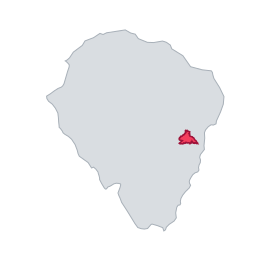 location of Young, Río Negro, Uruguay, rotated 194°
{"feature_id": "84410073B75635115155614", "entity_name": "Young", "entity_type": "district", "adm_level": 2, "iso_a3": "URY", "parent_name": "Uruguay", "parent_adm1": "Río Negro", "projection": "albers", "projection_center": [-57.732, -32.654], "detail": "fine", "context": "in_parent", "style": "filled", "palette": "rose", "viewbox_px": 256, "rotation_deg": 194, "n_neighbors": 0, "source": "geoboundaries", "source_scale": "gbopen_adm2", "svg_char_len": 4443}
<svg xmlns="http://www.w3.org/2000/svg" viewBox="0 0 256 256"><g transform="rotate(194 128 128)"><path d="M205.1,177.9L203.5,179.3L201.7,181.9L199.4,188.4L192.3,197.1L190.8,202.1L183.4,207.2L178.1,213.0L174.8,212.7L171.8,215.2L154.4,222.5L148.3,220.8L143.7,220.8L139.6,217.2L129.9,215.8L123.8,217.1L115.6,220.7L113.2,220.6L111.4,220.4L107.0,218.7L104.7,215.4L92.2,211.4L82.1,202.6L70.2,202.4L61.0,203.6L59.6,202.4L58.6,200.2L56.7,196.9L48.8,189.3L42.5,181.7L41.3,174.2L42.1,166.0L43.9,156.3L43.6,153.3L45.9,151.5L48.2,151.2L50.4,148.7L52.3,144.9L52.7,142.0L51.1,136.7L50.0,129.3L48.7,125.6L51.3,119.8L51.4,116.9L49.9,114.5L49.5,111.9L50.1,109.3L50.0,106.7L49.0,104.3L49.7,102.3L52.1,100.7L53.9,98.3L55.0,95.0L55.6,92.5L55.6,90.8L54.9,89.2L53.4,87.6L54.1,84.6L56.9,80.0L58.7,76.0L59.6,72.4L59.5,69.6L58.6,67.4L59.0,65.9L60.7,65.2L61.5,62.9L61.2,57.2L59.4,52.5L60.8,48.8L64.8,44.4L66.8,41.0L67.0,38.3L68.3,36.8L70.2,39.7L75.8,40.4L81.5,40.6L82.4,39.8L84.7,35.2L87.7,33.9L90.9,33.5L94.4,33.8L98.1,36.9L108.6,47.2L116.2,54.3L118.5,57.7L120.5,60.2L122.0,62.5L121.3,68.5L121.3,71.1L121.7,71.9L123.4,72.0L126.0,71.6L128.2,70.4L130.0,68.5L131.7,66.9L133.1,66.1L133.6,64.9L134.4,63.5L135.2,63.3L136.7,64.3L140.2,67.8L143.0,71.0L143.6,72.9L144.6,74.8L145.7,76.5L146.5,78.1L149.2,80.3L151.9,81.7L153.7,80.4L158.3,84.8L168.4,88.8L170.2,91.0L171.9,94.2L175.3,99.1L180.1,103.5L184.0,105.5L187.7,106.6L189.8,107.6L191.2,109.3L193.5,111.2L194.9,111.9L195.4,113.5L196.7,117.0L198.1,121.4L199.7,125.6L203.2,129.6L207.2,132.8L211.5,134.7L213.8,136.9L214.7,139.2L211.7,142.3L208.4,146.3L205.5,149.4L202.5,151.6L201.5,153.1L200.8,155.5L200.3,168.3L199.9,173.0L200.1,174.3L200.4,175.2L202.2,176.5L204.3,177.7L205.1,177.9Z" fill="#d9dde1" stroke="#a8b0b8" stroke-width="1"/><path d="M65.9,128.1L65.8,128.3L65.7,128.3L65.4,128.4L65.2,128.4L65.3,128.3L65.2,128.3L65.2,128.2L64.9,128.2L64.9,128.3L64.7,128.4L64.4,128.4L64.2,128.3L64.2,128.2L64.1,128.3L63.9,128.2L63.9,128.3L63.7,128.3L63.4,128.5L63.4,128.8L63.3,129.0L63.3,129.3L63.2,129.2L63.1,129.3L63.2,129.5L63.3,129.6L63.1,129.9L63.1,130.0L62.9,130.0L62.9,129.9L62.7,129.8L62.5,130.0L62.7,130.3L62.7,130.2L62.6,130.3L62.4,130.4L62.3,130.2L62.2,130.0L61.9,130.0L61.8,129.9L61.7,129.9L61.5,129.7L61.6,129.4L61.4,129.5L61.2,129.6L60.9,129.6L60.8,129.4L60.8,129.2L60.7,129.1L60.4,129.2L60.2,129.4L60.1,129.2L59.9,129.2L59.9,129.3L59.8,129.5L59.7,129.5L59.5,129.8L59.4,129.8L59.4,129.7L59.2,129.6L59.1,129.8L59.0,130.0L58.9,130.0L58.8,129.9L58.7,129.9L58.6,129.7L58.4,129.7L58.2,129.7L58.0,129.8L57.9,129.9L57.7,129.8L57.4,129.7L57.2,129.7L57.2,129.8L57.2,129.7L57.0,129.8L56.9,129.8L56.7,129.8L56.8,129.9L56.8,130.2L57.2,130.3L57.3,130.4L57.3,130.5L57.5,130.7L57.6,130.8L58.0,131.0L58.7,131.9L58.9,132.0L59.1,132.2L59.7,132.2L60.1,132.6L60.8,133.2L61.1,133.4L61.3,133.7L61.4,133.9L61.7,134.1L61.9,134.2L62.0,134.4L62.4,134.4L62.5,134.5L63.1,134.5L63.6,134.9L63.6,135.0L63.9,135.0L64.6,135.0L65.8,135.0L65.9,135.4L66.8,136.1L66.5,136.7L66.5,137.0L67.4,137.4L67.1,137.7L67.0,138.2L67.2,138.8L67.3,138.9L67.3,139.1L67.3,139.3L67.7,139.2L67.9,139.2L68.0,139.3L68.3,139.5L68.6,139.5L68.9,139.5L69.0,139.4L69.1,139.2L69.3,139.2L69.7,139.4L70.0,139.6L69.9,139.7L69.9,139.8L70.1,140.0L70.3,139.8L70.6,139.6L70.9,139.6L71.1,139.6L71.5,139.7L71.7,139.3L71.7,139.1L71.4,138.8L71.4,138.7L70.8,138.6L71.0,137.8L70.7,137.6L70.8,137.4L71.1,137.4L71.1,137.1L71.3,137.0L71.4,136.8L71.6,136.6L71.5,136.4L71.4,136.3L71.5,136.1L71.6,135.8L71.8,135.8L71.9,135.7L72.0,135.5L72.1,135.2L72.3,135.1L72.2,134.7L72.3,134.6L72.5,134.6L72.8,134.7L73.1,134.4L73.3,133.6L73.7,133.3L73.7,133.0L74.0,132.9L74.4,132.9L74.7,132.9L74.8,132.8L74.8,132.6L74.7,132.2L74.9,132.1L75.0,131.9L74.9,131.5L74.9,131.4L75.5,131.4L75.6,131.2L75.6,130.8L75.8,130.5L75.8,130.3L75.7,130.2L75.7,129.6L75.4,129.2L75.2,129.0L75.1,128.8L72.2,128.9L72.5,128.4L74.6,125.6L73.9,125.3L73.8,125.5L73.7,125.5L73.5,125.4L73.1,125.4L72.9,125.6L72.7,125.5L72.3,125.7L72.1,125.7L71.8,125.8L71.4,125.8L71.1,125.8L70.7,126.0L70.5,126.3L70.4,126.4L70.4,126.5L70.5,126.6L70.4,126.7L70.3,126.9L70.3,127.0L70.2,127.0L70.0,126.8L69.9,126.8L69.7,126.7L69.5,126.8L69.3,127.0L69.2,127.0L68.9,127.1L69.0,127.4L69.0,127.5L68.9,127.7L68.8,127.8L68.7,127.7L68.4,127.5L68.3,127.8L68.1,127.8L68.1,128.0L67.9,128.0L67.6,128.2L67.4,128.0L67.4,127.9L67.1,127.9L66.9,127.8L66.7,127.8L66.5,128.0L66.4,128.1L66.2,128.1L65.9,128.2L65.9,128.1Z" fill="#f43f5e" stroke="#9f1239" stroke-width="1.5"/></g></svg>